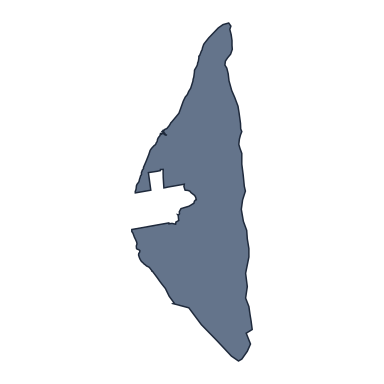 'Eua Prope, Eua, Tonga
{"feature_id": "48082658B54870744689581", "entity_name": "'Eua Prope", "entity_type": "district", "adm_level": 2, "iso_a3": "TON", "parent_name": "Tonga", "parent_adm1": "Eua", "projection": "natural_earth1", "projection_center": [-174.946, -21.37], "detail": "fine", "context": "isolated", "style": "filled", "palette": "slate", "viewbox_px": 384, "rotation_deg": 0, "n_neighbors": 0, "source": "geoboundaries", "source_scale": "gbopen_adm2", "svg_char_len": 3351}
<svg xmlns="http://www.w3.org/2000/svg" viewBox="0 0 384 384"><path d="M135.3,192.9L150.8,190.2L149.6,181.4L148.4,172.6L157.0,171.3L160.3,170.6L160.4,169.5L163.2,169.4L163.2,170.0L163.1,172.9L163.2,175.8L163.2,177.2L163.6,183.8L163.9,187.9L165.6,187.6L167.7,187.1L171.7,186.4L171.8,186.4L184.3,184.2L183.9,186.5L184.4,188.1L185.1,190.2L187.7,190.4L189.8,191.1L191.0,192.6L194.6,195.4L195.6,197.1L196.3,199.7L195.6,199.9L194.4,201.2L193.9,203.2L189.0,206.2L181.0,208.6L179.3,211.7L179.5,213.8L178.6,214.9L177.7,214.7L178.2,215.4L178.4,217.6L178.7,220.5L175.9,222.1L175.6,224.2L172.5,223.5L172.0,223.4L168.9,223.8L168.8,222.9L162.6,224.0L131.8,229.5L131.8,231.5L132.1,232.0L132.9,233.1L134.0,236.1L134.4,237.2L135.4,239.2L136.6,241.9L137.0,243.9L136.3,246.0L136.5,248.4L136.8,248.9L137.5,249.3L138.5,249.6L139.6,250.3L139.9,250.8L139.6,252.3L138.8,253.4L138.6,254.5L138.6,255.2L139.4,257.7L140.1,259.3L141.4,261.4L143.4,263.2L144.4,264.3L144.8,264.4L146.6,266.0L148.8,267.0L149.9,268.1L151.7,270.5L151.9,271.2L152.4,271.2L157.2,277.6L159.3,280.6L161.5,283.6L165.4,288.5L169.2,296.3L174.1,303.0L173.0,303.6L188.8,307.8L201.4,324.7L216.7,340.4L231.4,356.1L238.5,361.0L241.8,359.1L247.3,351.3L250.5,344.0L246.2,333.2L252.2,329.5L251.1,321.1L250.0,314.4L248.9,306.6L245.6,298.1L247.3,286.6L245.6,273.3L248.9,257.0L248.9,248.6L247.3,238.9L246.7,230.4L243.4,221.4L242.9,218.6L241.3,209.3L242.6,199.9L245.4,191.1L244.3,186.3L243.2,175.1L241.8,164.2L241.8,160.9L241.8,153.4L239.9,148.2L238.8,144.3L239.4,139.1L240.5,134.9L241.8,131.6L240.7,128.9L240.5,123.4L239.1,113.1L238.0,106.2L234.7,97.4L231.7,90.5L229.0,80.8L228.2,73.8L226.8,68.1L224.9,65.1L225.4,61.1L227.6,57.8L230.6,54.2L232.3,49.3L232.0,45.4L232.0,40.6L231.2,34.8L229.8,29.4L230.9,26.1L228.7,23.0L223.0,24.6L218.3,27.9L213.8,32.6L208.8,37.8L204.2,43.6L203.7,44.4L202.5,47.8L202.1,49.8L201.2,51.4L200.8,52.6L199.6,55.6L198.9,56.1L198.8,56.9L198.9,57.7L198.3,61.3L197.6,63.1L197.5,64.4L197.0,65.7L196.0,67.6L195.2,68.9L194.5,70.2L194.4,72.3L193.8,76.9L193.1,79.4L192.9,81.2L190.7,88.2L188.7,91.4L187.4,94.5L185.3,97.0L183.3,101.1L180.3,109.5L178.9,113.3L172.0,121.6L171.1,122.6L170.8,122.8L170.6,123.3L169.7,124.9L169.1,125.8L166.8,128.6L165.2,129.2L164.7,129.5L164.1,130.2L164.0,130.4L163.3,130.2L163.1,130.3L162.8,130.8L162.5,131.3L162.2,131.6L161.9,131.6L161.8,131.8L162.0,131.9L162.4,131.8L162.5,131.9L162.9,131.3L163.8,132.1L163.7,132.3L163.9,132.4L164.1,132.5L164.1,133.1L164.1,133.5L164.4,133.5L164.4,133.8L164.6,133.9L164.6,134.0L164.8,133.9L164.8,134.0L165.1,134.1L165.4,134.4L165.9,134.7L166.3,135.0L166.1,135.2L165.6,135.1L164.8,134.7L164.2,134.0L162.7,133.5L162.1,133.7L161.8,133.9L161.4,134.3L160.8,134.2L161.0,133.6L160.5,133.5L160.2,134.5L160.2,135.1L160.0,135.4L159.8,135.8L159.5,136.3L159.3,136.5L158.8,137.0L158.3,137.8L158.0,138.2L157.9,138.6L157.8,138.8L157.7,139.1L157.4,139.8L157.4,140.2L157.2,141.3L156.9,141.9L156.3,142.7L155.9,143.7L155.7,144.3L154.9,145.1L154.1,145.6L153.4,146.4L152.3,147.5L151.0,149.1L150.1,150.5L149.4,152.7L148.7,154.8L146.2,161.1L144.0,166.2L143.5,167.3L143.5,168.5L142.9,169.5L142.2,170.3L142.1,171.2L141.7,171.9L141.4,172.8L141.5,174.5L140.5,176.0L140.2,177.3L139.5,179.3L139.0,181.6L137.9,183.2L137.5,183.6L136.8,184.8L136.4,185.9L136.3,187.3L136.1,188.8L136.1,189.1L135.2,191.7L135.3,192.9Z" fill="#64748b" stroke="#1e293b" stroke-width="1.5"/></svg>